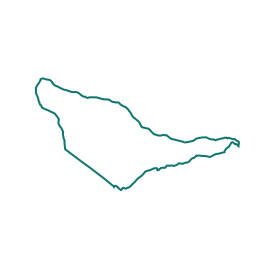 Escazu, San José, Costa Rica, rotated 127°
{"feature_id": "36466004B13672837232461", "entity_name": "Escazu", "entity_type": "district", "adm_level": 2, "iso_a3": "CRI", "parent_name": "Costa Rica", "parent_adm1": "San José", "projection": "orthographic", "projection_center": [-84.155, 9.916], "detail": "fine", "context": "isolated", "style": "outline", "palette": "teal", "viewbox_px": 256, "rotation_deg": 127, "n_neighbors": 0, "source": "geoboundaries", "source_scale": "gbopen_adm2", "svg_char_len": 5681}
<svg xmlns="http://www.w3.org/2000/svg" viewBox="0 0 256 256"><g transform="rotate(127 128 128)"><path d="M76.0,28.8L73.1,30.5L72.4,31.2L72.4,32.1L72.8,33.4L72.8,34.2L72.6,34.9L72.6,36.1L73.3,36.6L74.3,38.9L74.9,40.7L75.2,41.5L75.5,41.9L76.3,42.3L76.4,42.6L76.7,43.9L76.9,44.2L78.0,45.2L79.7,46.4L80.4,47.2L81.8,48.4L82.2,48.6L84.1,50.2L84.6,50.6L85.0,50.6L85.7,53.0L86.7,54.1L87.5,55.8L88.4,59.9L91.0,63.3L92.4,64.3L93.5,65.5L94.4,66.3L94.8,66.6L95.3,67.0L95.6,67.1L97.6,67.6L97.7,67.8L98.6,68.0L99.3,68.4L100.5,69.5L101.1,70.0L101.6,70.4L102.4,71.0L102.8,71.4L103.0,71.5L103.5,72.1L104.0,72.6L104.3,72.8L105.2,73.8L105.6,74.5L105.9,75.9L110.7,87.1L110.6,93.1L111.2,93.5L111.6,94.0L111.7,94.7L112.0,95.4L112.2,95.7L113.4,96.5L113.7,96.8L114.2,97.1L114.3,97.2L114.9,98.0L115.3,98.7L115.7,99.1L115.7,99.3L115.9,99.5L116.2,100.9L116.4,101.4L116.4,101.5L116.9,102.2L117.2,103.0L117.2,104.9L117.1,105.3L116.9,106.3L116.9,107.1L116.7,107.6L116.7,107.9L116.6,108.1L116.3,109.4L116.3,111.6L116.8,112.3L116.8,112.5L117.4,113.4L117.4,113.6L117.5,113.8L117.6,114.2L117.8,114.5L117.8,114.8L117.9,115.3L118.1,115.5L118.4,116.0L118.5,116.2L118.6,116.6L118.8,116.8L118.9,117.8L118.7,118.1L118.7,118.7L118.5,118.9L117.9,119.7L117.5,120.8L117.1,121.4L116.6,122.7L116.5,123.1L116.2,127.8L116.2,130.8L116.0,131.4L115.5,132.2L115.2,133.3L114.7,134.1L114.3,135.0L114.2,135.4L114.0,135.8L114.0,136.5L113.9,136.7L113.7,137.4L113.3,138.4L113.0,139.6L113.0,140.3L112.9,140.4L112.9,140.9L112.8,141.3L112.8,142.7L113.0,143.1L113.0,143.6L113.1,143.8L113.1,144.1L113.2,144.4L113.4,144.6L113.5,145.9L113.6,146.0L113.6,147.0L113.7,147.5L113.6,149.4L113.5,149.5L113.2,150.2L113.2,150.6L113.4,151.1L113.8,151.6L114.2,152.2L114.4,152.3L114.8,153.2L115.0,153.3L115.2,153.5L115.6,154.3L115.6,154.5L115.9,154.9L115.9,155.1L116.2,155.5L116.5,156.4L116.6,156.8L116.7,157.0L116.7,159.7L116.8,159.9L116.8,160.2L117.0,160.4L117.0,160.7L117.3,161.0L117.4,161.4L117.6,161.7L117.8,161.9L117.9,162.1L118.3,162.7L118.8,163.4L119.2,163.7L119.5,164.3L119.7,164.6L119.7,164.8L119.9,164.9L120.0,165.4L120.2,165.6L120.4,166.2L120.6,166.6L120.6,166.8L120.8,167.2L120.9,167.4L121.0,167.9L121.1,168.0L121.2,168.5L121.5,168.7L121.9,170.2L122.2,170.5L122.2,170.8L122.4,171.2L122.5,171.7L126.7,177.2L127.9,178.1L128.1,178.3L128.5,178.7L128.7,179.1L128.7,181.1L128.9,181.3L129.2,181.5L129.5,182.0L129.7,182.5L129.8,183.5L129.9,184.2L129.8,189.1L130.0,189.8L130.4,190.8L130.8,191.5L132.4,193.4L132.7,193.9L133.2,194.9L133.2,195.1L133.5,195.5L133.6,196.3L133.8,196.7L133.8,197.0L134.0,197.1L134.0,197.4L134.2,197.8L134.3,198.1L134.7,199.1L134.7,199.4L135.3,201.0L135.9,202.1L136.0,202.7L136.1,202.9L136.7,205.4L136.7,206.2L136.9,206.7L137.1,207.7L137.2,208.0L137.2,209.4L137.8,210.8L137.9,211.1L137.9,211.6L138.0,211.7L138.0,213.6L137.9,214.2L137.3,215.7L137.1,216.6L136.9,216.8L136.8,217.6L136.7,217.7L136.7,218.9L136.9,219.6L137.1,219.9L137.2,220.4L138.8,223.3L139.1,224.9L139.2,225.0L139.4,225.3L139.5,225.4L139.6,225.7L140.0,226.2L141.6,227.2L141.9,226.8L142.2,226.7L142.4,226.6L143.0,226.6L144.3,226.4L145.2,226.2L147.9,226.2L148.6,226.2L149.1,226.0L150.5,225.9L151.3,225.7L151.9,225.3L152.2,225.2L153.0,224.3L154.3,223.5L155.2,222.7L155.6,222.4L158.2,217.8L159.1,216.9L159.9,216.0L160.3,215.4L160.6,214.6L160.9,214.0L161.7,213.4L162.3,212.2L162.2,210.9L162.7,210.1L163.2,209.6L163.4,209.2L163.1,206.8L163.0,205.9L162.6,204.9L162.6,204.6L162.4,204.1L162.3,203.4L162.1,203.1L162.0,202.8L161.6,200.0L161.0,198.0L160.7,195.8L160.5,195.1L161.3,192.5L161.5,191.4L162.1,190.0L162.4,188.8L162.6,188.5L163.7,187.8L164.2,187.6L165.2,187.1L166.4,186.1L167.4,183.9L167.7,183.0L168.1,181.5L168.3,180.9L168.8,180.1L170.1,177.5L171.0,176.9L172.1,176.3L172.6,175.9L173.8,174.3L174.5,173.8L174.8,173.4L175.7,172.1L176.2,171.1L178.6,169.4L182.8,165.3L182.8,148.8L182.6,133.1L182.7,117.6L183.2,104.6L183.6,103.7L183.1,103.7L182.4,103.6L182.0,103.4L181.6,103.0L181.5,102.6L181.4,101.9L181.4,101.2L181.5,100.5L181.6,100.3L181.6,99.3L181.8,99.1L181.8,96.2L181.6,96.1L179.4,96.1L178.9,96.0L178.7,95.6L178.3,95.3L178.1,94.7L178.1,94.2L177.9,93.6L177.6,93.1L176.4,92.7L175.9,92.2L175.7,92.1L175.6,91.9L175.2,91.7L173.9,91.1L173.2,90.9L171.2,90.9L170.5,90.7L169.8,90.6L169.4,90.5L168.7,90.3L167.9,90.3L166.8,90.0L164.6,90.0L163.9,89.8L162.7,89.8L159.5,88.8L158.7,88.7L157.4,88.2L156.2,88.2L155.3,88.1L154.9,88.0L152.7,88.0L151.2,87.3L150.5,86.7L150.3,86.5L149.4,85.9L148.9,85.4L148.4,85.2L148.1,84.8L147.2,84.4L146.2,83.8L145.5,83.6L144.4,82.8L143.8,82.1L143.5,81.8L143.0,81.3L142.8,80.7L142.9,80.2L143.9,79.4L143.9,78.9L143.3,78.3L143.0,78.3L142.4,78.1L141.7,78.1L141.3,77.8L140.6,77.8L140.2,77.6L139.6,77.1L138.8,76.2L138.5,76.1L138.1,75.6L137.9,75.0L137.9,74.8L137.7,74.6L136.8,74.4L135.8,74.3L134.6,74.3L134.5,74.2L133.8,73.2L133.5,72.8L133.5,72.6L133.0,72.1L132.6,71.5L132.3,71.2L131.6,70.4L131.4,70.2L130.8,69.0L130.8,68.5L127.2,66.4L126.0,66.3L125.6,66.1L125.2,65.5L124.9,64.9L124.4,64.2L124.0,63.4L123.5,62.6L123.1,62.3L122.7,62.2L121.2,61.4L119.9,59.8L118.5,59.2L117.4,58.9L114.7,58.8L113.2,58.2L112.8,58.0L112.0,57.2L111.6,57.1L110.8,57.1L109.6,56.9L109.2,56.8L108.8,56.5L108.8,56.4L108.7,56.4L108.4,55.9L108.2,55.8L107.5,55.1L107.1,54.5L106.4,53.1L106.2,52.9L105.9,52.2L105.6,51.9L105.5,51.6L104.5,50.4L103.5,48.7L103.4,48.6L103.2,48.0L102.6,46.9L102.2,45.8L102.0,45.4L101.6,45.0L101.0,44.6L96.2,42.3L95.4,41.7L94.0,40.2L93.6,39.8L93.2,39.5L92.5,39.1L89.6,36.7L89.3,36.5L89.2,36.7L85.6,37.2L82.1,36.1L81.6,36.1L81.1,36.3L79.1,36.4L78.9,36.5L78.3,36.6L77.4,36.6L76.7,36.3L76.4,36.0L76.3,35.7L76.3,34.8L76.5,33.7L76.4,33.0L76.2,32.7L75.8,32.2L76.0,31.5L75.6,30.9L75.6,30.5L75.8,30.0L76.0,28.8Z" fill="none" stroke="#0f766e" stroke-width="2"/></g></svg>